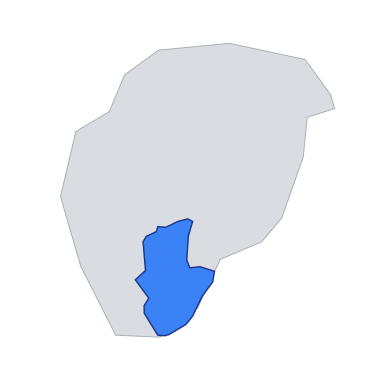 where Pamplemousses sits in Mauritius, rotated 188°
{"feature_id": "MUS-5187", "entity_name": "Pamplemousses", "entity_type": "District", "adm_level": 1, "iso_a3": "MUS", "parent_name": "Mauritius", "parent_adm1": "", "projection": "mercator", "projection_center": [57.563, -20.102], "detail": "fine", "context": "in_parent", "style": "filled", "palette": "blue", "viewbox_px": 384, "rotation_deg": 188, "n_neighbors": 0, "source": "natural_earth", "source_scale": "10m", "svg_char_len": 777}
<svg xmlns="http://www.w3.org/2000/svg" viewBox="0 0 384 384"><g transform="rotate(188 192 192)"><path d="M244.7,327.9L175.6,344.4L98.3,338.9L68.2,307.5L62.4,294.5L88.3,282.1L86.7,242.0L99.6,178.5L116.1,152.4L154.6,129.2L170.3,78.0L203.4,43.8L247.6,39.6L291.7,102.7L321.6,169.2L315.4,235.8L285.0,260.2L275.0,298.7L244.7,327.9Z" fill="#d9dde1" stroke="#a8b0b8" stroke-width="1"/><path d="M158.7,116.6L159.0,105.8L167.3,90.5L174.0,69.6L177.4,63.4L179.8,59.9L194.9,47.7L198.6,46.0L205.9,45.4L222.4,65.3L223.6,72.8L220.0,80.9L235.9,97.2L227.1,107.8L233.5,135.9L231.2,141.6L221.8,147.8L221.0,153.0L213.0,153.4L201.9,160.9L192.5,164.7L187.3,163.0L189.5,147.8L187.8,124.1L183.7,116.6L173.7,119.1L161.6,117.1L158.7,116.6Z" fill="#3b82f6" stroke="#1e3a8a" stroke-width="1.5"/></g></svg>